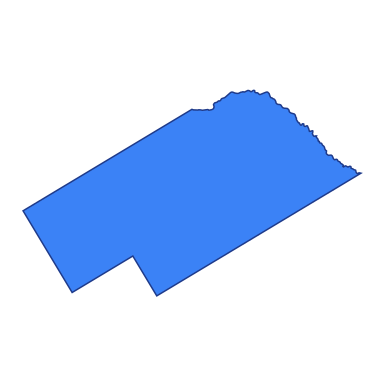 outline of Nebraska, rotated 329°
{"feature_id": "USA-3532", "entity_name": "Nebraska", "entity_type": "State", "adm_level": 1, "iso_a3": "USA", "parent_name": "United States of America", "parent_adm1": "", "projection": "mercator", "projection_center": [-97.897, 41.5], "detail": "fine", "context": "isolated", "style": "filled", "palette": "blue", "viewbox_px": 384, "rotation_deg": 329, "n_neighbors": 0, "source": "natural_earth", "source_scale": "10m", "svg_char_len": 4557}
<svg xmlns="http://www.w3.org/2000/svg" viewBox="0 0 384 384"><g transform="rotate(329 192 192)"><path d="M37.5,216.4L37.5,210.5L37.5,204.6L37.5,198.7L37.5,192.8L37.5,186.9L37.5,181.0L37.5,175.1L37.5,169.1L37.5,163.2L37.5,157.2L37.5,151.2L37.5,145.2L37.5,139.2L37.5,133.2L37.5,127.2L37.5,121.1L44.4,121.1L50.4,121.1L56.4,121.1L62.5,121.1L68.5,121.1L74.5,121.1L80.5,121.1L86.6,121.1L92.6,121.1L98.6,121.1L104.6,121.1L110.7,121.1L116.7,121.1L122.7,121.1L128.8,121.1L134.8,121.1L140.8,121.1L146.8,121.1L152.9,121.1L158.9,121.1L164.9,121.1L170.9,121.1L177.0,121.1L183.0,121.1L189.0,121.1L195.1,121.1L201.1,121.1L207.1,121.1L213.1,121.1L219.2,121.1L225.2,121.1L231.2,121.1L234.3,121.1L234.5,121.1L235.3,122.1L235.6,122.4L239.3,124.8L239.5,124.9L239.9,124.9L240.1,125.0L241.6,126.0L243.0,127.3L247.9,129.4L248.3,129.8L248.4,130.4L248.8,130.7L251.4,131.6L252.3,131.7L253.3,131.6L253.7,131.4L254.4,130.7L254.6,130.6L254.8,130.3L255.2,129.1L255.3,128.4L255.6,128.0L256.0,127.8L256.5,127.6L257.3,127.3L259.7,127.9L261.2,127.6L261.6,127.6L262.4,128.1L262.8,128.2L263.6,128.2L265.0,127.4L265.8,127.3L268.3,127.9L269.3,127.9L276.3,126.6L277.2,126.7L278.0,127.1L278.6,127.7L279.6,129.1L280.9,130.3L281.7,130.9L282.5,131.3L283.3,131.5L285.2,131.6L285.5,131.7L286.3,132.1L287.3,132.3L287.6,132.6L287.9,132.9L288.2,133.2L288.9,133.4L292.1,133.7L292.7,134.1L293.2,134.6L293.6,135.2L293.8,135.7L293.9,136.0L294.1,136.3L294.5,136.5L295.0,136.6L296.4,136.5L296.8,136.5L297.3,136.7L297.7,137.0L297.9,137.3L297.8,137.8L297.6,138.1L297.4,138.5L297.4,139.1L297.8,139.7L299.3,140.8L299.6,141.6L299.8,142.5L300.1,143.2L300.8,143.6L305.3,144.3L306.9,144.6L307.7,144.9L308.3,145.4L308.8,147.4L308.3,149.5L308.1,151.5L309.3,153.0L309.4,153.7L309.9,154.2L310.3,154.8L310.5,155.6L310.5,156.7L310.4,157.6L310.1,158.4L309.9,159.3L310.3,160.5L310.8,161.2L312.0,162.0L312.6,162.6L313.0,163.4L313.0,164.3L313.0,165.3L313.2,166.4L314.2,167.7L315.6,168.6L316.9,169.7L317.3,171.6L317.2,172.1L316.8,173.0L316.8,173.5L316.9,174.0L317.5,175.2L317.7,175.5L319.8,177.7L320.1,178.8L320.0,179.7L319.7,180.6L319.5,181.5L319.5,182.1L319.6,182.4L319.5,182.6L319.1,183.1L318.9,183.5L318.8,183.9L318.8,185.9L318.9,186.9L319.1,187.8L319.6,188.1L319.6,188.6L319.4,189.5L319.5,190.5L320.2,191.0L320.7,191.0L321.4,190.5L321.7,190.4L322.1,190.6L322.5,190.9L322.8,191.2L322.8,191.4L322.6,191.6L322.4,192.1L322.2,192.7L322.1,193.2L322.4,193.8L322.8,194.1L324.3,194.4L324.6,194.4L324.8,194.5L325.0,195.0L324.7,196.9L324.7,197.4L323.9,200.5L324.4,200.8L326.0,201.3L326.6,201.4L327.0,201.8L326.5,202.8L325.7,203.6L325.3,203.8L325.0,205.8L325.1,206.6L325.6,207.2L327.1,207.7L327.6,208.1L326.8,208.5L326.9,209.2L327.0,210.7L327.2,211.4L326.8,212.7L326.5,213.0L326.5,213.3L326.8,213.6L326.8,213.8L327.0,214.0L327.2,214.3L327.0,214.6L326.8,214.9L326.8,215.2L326.9,215.8L327.2,216.1L327.9,216.7L328.1,217.2L328.1,217.6L328.0,218.6L328.0,219.2L328.5,220.4L328.6,221.6L328.4,222.4L328.1,223.3L328.0,224.4L328.0,225.0L328.4,225.6L328.5,226.0L327.7,227.1L327.2,227.6L327.1,227.9L327.0,228.4L327.0,229.0L327.2,229.4L327.4,229.7L327.5,230.2L327.9,230.9L329.7,231.7L330.4,232.2L330.8,233.2L330.7,234.3L330.6,235.0L330.4,236.2L330.6,237.4L331.0,237.9L331.7,238.0L332.6,238.3L333.1,238.9L333.2,239.4L333.0,239.9L333.1,240.5L333.4,241.2L334.0,242.0L334.3,242.8L334.3,243.1L334.2,243.7L334.3,244.1L334.4,244.4L335.0,245.3L335.4,246.7L335.5,246.9L335.3,247.2L335.0,247.5L334.5,247.9L334.8,248.5L335.3,248.6L336.1,248.5L336.7,248.5L337.3,248.9L337.7,249.5L338.0,250.1L338.4,250.7L338.9,251.0L340.2,251.1L340.8,251.4L341.2,251.9L341.2,252.4L340.6,253.6L341.6,254.8L342.1,255.6L342.3,256.3L343.4,257.4L343.5,257.6L343.3,258.1L343.0,259.0L342.8,260.0L342.9,260.8L343.3,261.3L345.0,261.6L345.6,262.0L346.5,262.9L339.1,262.9L331.7,262.9L324.3,262.9L316.9,262.9L309.5,262.9L302.0,262.9L294.6,262.9L287.2,262.9L279.8,262.9L272.4,262.9L265.0,262.9L257.6,262.9L250.1,262.9L242.7,262.9L235.3,262.9L227.9,262.9L220.5,262.9L213.1,262.9L205.7,262.9L198.2,262.9L190.8,262.9L183.4,262.9L176.0,262.9L168.6,262.9L161.2,262.9L153.7,262.9L146.3,262.9L138.9,262.9L131.5,262.9L124.1,262.9L116.7,262.9L108.3,262.9L108.3,260.0L108.3,257.1L108.3,254.2L108.3,251.3L108.3,248.4L108.3,245.5L108.3,242.6L108.3,239.7L108.3,236.8L108.3,233.9L108.3,231.0L108.3,228.1L108.3,225.1L108.3,222.2L108.3,219.3L108.3,216.4L106.0,216.4L101.8,216.4L97.6,216.4L93.4,216.4L89.1,216.4L84.9,216.4L80.7,216.4L76.5,216.4L72.3,216.4L68.1,216.4L63.9,216.4L59.7,216.4L55.5,216.4L51.2,216.4L47.0,216.4L42.8,216.4L37.5,216.4Z" fill="#3b82f6" stroke="#1e3a8a" stroke-width="1.5"/></g></svg>